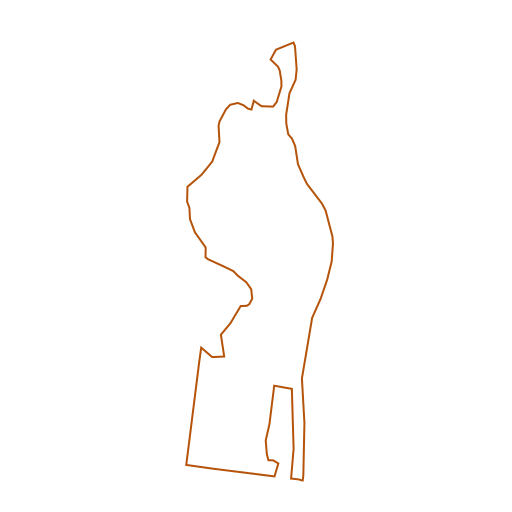 the district of Pinellas, Florida, United States of America, rotated 188°
{"feature_id": "52423323B48942229676406", "entity_name": "Pinellas", "entity_type": "district", "adm_level": 2, "iso_a3": "USA", "parent_name": "United States of America", "parent_adm1": "Florida", "projection": "equal_earth", "projection_center": [-82.727, 27.893], "detail": "fine", "context": "isolated", "style": "outline", "palette": "amber", "viewbox_px": 512, "rotation_deg": 188, "n_neighbors": 0, "source": "geoboundaries", "source_scale": "gbopen_adm2", "svg_char_len": 1311}
<svg xmlns="http://www.w3.org/2000/svg" viewBox="0 0 512 512"><g transform="rotate(188 256 256)"><path d="M178.5,40.2L178.6,45.3L184.8,97.3L193.5,141.2L193.0,158.6L191.8,202.5L186.3,221.8L186.2,221.9L182.2,242.7L180.3,261.1L181.5,279.0L183.0,285.9L188.7,299.5L193.4,310.7L198.1,317.2L215.5,334.4L219.6,340.4L227.2,352.7L232.5,370.3L236.7,377.2L241.0,381.0L244.4,391.2L245.8,400.0L245.5,421.9L241.3,436.0L241.7,446.4L246.6,469.2L248.6,472.6L264.9,463.1L268.9,452.6L260.5,446.5L258.3,442.9L255.3,433.2L254.4,427.5L256.9,411.4L259.9,406.3L271.4,405.1L279.8,409.4L279.8,409.1L280.9,400.4L284.2,400.7L289.1,403.4L289.2,403.5L295.3,405.0L302.6,402.2L306.2,397.0L310.8,384.3L311.2,379.9L308.0,363.5L308.8,360.2L312.5,343.4L316.2,337.2L321.4,328.7L333.5,315.0L331.8,300.3L328.6,294.3L326.5,283.3L319.8,271.0L307.0,257.4L305.8,247.7L303.0,246.1L284.4,240.5L276.4,237.9L271.2,233.9L268.7,232.5L262.0,228.7L256.1,222.4L255.4,219.5L253.8,213.4L255.9,207.4L258.2,205.4L264.2,204.3L270.4,189.6L272.0,185.8L279.8,173.2L273.5,152.0L285.3,149.8L297.5,157.6L297.5,143.4L296.3,61.3L296.0,39.4L283.8,39.4L268.3,39.4L207.0,40.3L205.0,53.7L210.5,56.0L215.3,55.5L217.7,61.3L220.7,74.7L219.3,91.1L219.9,130.1L202.0,129.4L191.9,70.1L190.3,40.5L182.3,40.7L179.7,40.2L178.5,40.2Z" fill="none" stroke="#b45309" stroke-width="2"/></g></svg>